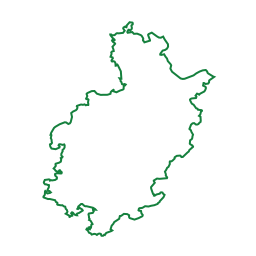 Hessen, Equal Earth projection, rotated 175°
{"feature_id": "DEU-1574", "entity_name": "Hessen", "entity_type": "State", "adm_level": 1, "iso_a3": "DEU", "parent_name": "Germany", "parent_adm1": "", "projection": "equal_earth", "projection_center": [9.183, 50.526], "detail": "fine", "context": "isolated", "style": "outline", "palette": "green", "viewbox_px": 256, "rotation_deg": 175, "n_neighbors": 0, "source": "natural_earth", "source_scale": "10m", "svg_char_len": 5812}
<svg xmlns="http://www.w3.org/2000/svg" viewBox="0 0 256 256"><g transform="rotate(175 128 128)"><path d="M197.5,48.0L196.2,48.9L195.6,49.9L196.1,51.8L197.1,53.0L197.4,55.1L198.7,55.5L200.1,56.8L201.4,56.8L204.9,57.7L205.2,58.2L204.8,59.4L205.2,60.0L206.3,60.7L206.9,62.4L212.1,64.1L213.9,64.2L218.1,66.2L218.3,66.6L218.1,67.2L217.0,68.3L216.6,69.2L216.2,72.1L215.9,72.5L214.9,71.5L214.9,70.7L214.0,69.8L211.1,70.2L210.5,70.6L211.1,71.1L211.6,72.0L213.7,72.5L213.4,73.7L212.1,75.7L211.7,77.8L211.8,78.1L213.1,78.3L214.0,78.9L215.5,79.1L216.4,80.3L216.6,81.3L215.4,83.5L211.2,83.7L210.4,83.3L210.3,82.4L209.0,82.7L208.2,82.4L205.1,82.6L203.3,83.6L203.1,84.9L203.3,85.4L204.6,86.8L204.8,87.9L204.5,88.7L202.4,89.1L198.7,88.5L198.2,88.6L197.9,89.2L197.9,89.7L198.2,90.2L199.2,89.8L199.3,91.2L199.6,91.9L200.1,91.8L201.1,90.7L202.1,90.6L203.8,91.7L204.7,93.2L205.6,94.1L203.4,96.3L203.2,96.7L203.4,97.4L203.4,98.3L203.2,98.7L199.5,99.5L197.8,100.4L197.8,100.8L197.3,102.1L197.6,103.9L196.1,104.3L195.7,105.1L196.8,106.3L196.7,108.0L195.1,110.6L195.2,111.7L193.7,112.9L192.9,114.1L192.6,116.3L193.0,117.2L194.7,116.9L196.8,117.7L197.8,117.8L198.2,117.6L198.7,116.7L197.7,115.4L198.0,114.5L201.9,113.2L206.0,114.2L207.0,116.2L207.2,118.3L206.9,118.7L205.9,118.8L205.0,119.8L205.2,120.9L205.2,123.2L205.8,124.6L204.9,127.6L205.1,128.1L205.7,128.1L204.9,130.0L201.7,134.5L200.3,135.5L195.7,137.7L190.5,139.2L189.1,138.9L187.1,137.2L185.5,137.7L184.6,138.8L182.8,143.9L183.3,147.8L181.3,149.2L178.3,150.3L177.8,150.7L177.2,151.3L176.6,152.6L176.8,153.7L177.1,154.1L176.9,154.5L173.2,155.4L172.2,155.4L170.9,155.0L169.2,155.3L168.0,154.3L167.2,154.6L165.6,154.4L165.4,155.2L165.6,157.0L164.9,159.7L165.3,160.2L166.9,160.4L167.2,160.8L165.9,163.0L165.8,163.5L166.3,165.5L165.5,166.3L161.0,167.9L158.2,167.8L156.0,164.9L152.4,163.4L145.5,162.9L142.5,163.6L142.1,165.2L140.8,166.4L139.2,167.3L139.0,167.1L139.6,166.0L136.4,164.6L132.4,166.1L130.0,166.6L129.1,167.1L128.9,167.7L128.6,170.2L127.3,170.6L126.5,171.5L127.6,172.1L129.1,171.8L130.1,172.2L130.6,174.4L131.3,175.3L131.2,176.4L132.1,178.2L130.3,177.8L130.2,185.1L132.7,191.5L133.3,192.3L133.6,192.3L134.5,191.1L134.9,191.1L134.9,193.8L135.5,195.2L136.5,195.8L138.0,195.6L138.6,196.4L138.2,197.3L137.0,198.8L137.2,199.6L139.2,200.5L138.0,203.0L137.9,203.8L138.1,204.8L137.2,205.6L135.5,205.9L135.6,207.2L136.4,210.3L133.5,213.0L133.8,213.7L135.3,214.9L136.3,216.4L135.7,217.3L135.1,217.3L134.1,216.5L133.7,216.7L133.7,217.2L135.5,219.1L137.4,222.0L137.5,222.7L136.7,222.7L135.7,221.7L133.8,221.7L133.2,221.7L131.5,223.1L130.7,223.4L129.0,223.1L124.7,223.2L122.8,225.2L123.9,227.1L124.1,227.7L123.7,228.5L121.8,229.4L121.4,229.1L121.3,228.7L120.8,228.5L120.1,230.5L117.2,233.2L114.4,232.6L114.1,232.0L114.3,230.8L115.5,230.0L115.7,229.6L115.4,227.4L115.6,226.5L117.2,224.9L118.6,225.9L119.0,225.8L120.2,224.1L120.3,223.4L120.0,222.9L115.4,223.2L113.9,221.3L110.7,221.2L107.3,219.5L106.4,218.7L105.3,216.5L105.0,215.4L105.4,214.6L105.4,213.8L104.6,212.9L104.2,211.9L98.5,213.1L98.4,213.5L99.8,218.5L99.8,219.2L99.2,219.8L96.0,220.9L91.0,216.6L89.3,215.4L87.4,215.1L85.0,216.0L83.8,213.1L80.9,208.0L81.0,205.5L82.3,203.6L84.3,202.5L86.7,202.1L89.3,199.2L89.5,198.3L88.5,197.9L85.6,198.3L84.5,195.9L83.1,193.8L82.5,191.2L80.0,187.8L79.5,186.7L80.6,183.4L79.2,180.2L71.3,172.8L69.3,172.1L67.3,172.1L58.1,174.7L55.2,176.5L51.7,178.0L48.5,178.9L45.5,179.0L44.2,177.4L44.0,176.2L43.4,175.4L38.7,171.9L37.7,171.4L42.7,168.5L43.0,168.2L43.3,166.4L44.2,165.3L46.9,165.1L48.2,166.1L48.8,166.2L49.5,163.7L47.5,162.5L47.0,161.9L46.9,161.2L47.1,160.4L48.0,158.7L48.9,157.7L53.2,155.9L54.2,155.0L55.5,156.0L56.3,156.2L57.9,154.3L57.1,153.4L57.2,152.9L57.7,151.9L61.7,151.9L62.9,151.6L63.7,151.0L63.7,150.1L62.6,147.3L62.1,146.5L60.6,145.5L58.4,141.7L57.1,141.2L56.7,140.1L53.3,139.4L52.8,139.0L52.9,138.5L53.9,137.9L54.8,135.2L56.2,133.9L54.8,132.9L54.9,128.9L55.2,127.7L56.4,127.0L57.5,125.8L58.8,125.4L60.0,125.5L61.7,127.1L63.3,127.0L64.9,125.8L66.9,121.7L66.6,121.2L66.0,120.9L65.5,120.1L65.2,118.7L63.8,115.7L64.5,114.1L64.8,112.5L65.5,111.3L67.2,110.3L67.8,107.0L67.3,106.3L65.5,105.1L65.4,104.5L64.8,104.0L64.9,103.5L68.8,100.7L69.5,99.3L70.9,98.4L75.9,94.4L77.3,94.4L78.1,95.8L78.5,96.0L81.8,96.0L84.0,94.8L84.2,94.4L84.2,93.5L86.4,91.7L87.6,91.0L89.1,91.1L89.4,90.6L89.5,88.4L91.1,85.7L92.4,85.0L93.8,82.7L95.0,81.3L94.3,78.6L94.5,77.4L93.3,75.4L93.6,74.6L101.1,74.6L103.5,75.1L106.9,73.4L106.9,72.7L106.1,71.1L110.1,67.2L110.2,66.8L110.2,65.6L108.8,60.1L107.9,59.6L108.1,58.4L107.4,58.2L105.4,59.3L102.1,59.8L101.2,60.9L100.4,61.0L99.3,60.7L98.7,59.4L97.4,58.2L98.7,55.9L102.7,52.3L103.1,51.4L104.5,50.7L105.1,49.8L108.5,48.8L111.8,48.5L114.4,48.0L117.8,48.6L120.6,47.2L123.6,47.1L124.2,46.6L124.7,45.1L124.1,44.6L122.3,44.3L122.0,41.7L120.9,40.1L121.1,39.3L121.5,38.8L125.3,37.3L129.5,36.2L134.1,38.1L134.5,38.6L134.7,39.5L134.5,41.0L136.3,42.3L139.6,42.8L142.4,41.1L143.8,41.0L144.7,38.3L149.9,35.5L151.0,33.8L152.8,32.1L154.2,28.6L152.6,27.3L153.5,26.8L158.8,25.4L160.4,23.4L161.0,23.8L162.3,22.8L163.8,23.0L164.0,23.4L164.2,24.7L165.3,25.3L166.8,25.2L168.3,24.2L169.4,25.1L170.9,25.5L173.5,25.0L174.3,26.3L176.0,27.1L176.9,29.3L178.3,30.5L177.7,31.5L177.2,31.6L174.8,30.4L174.5,31.0L175.3,32.5L174.7,32.6L173.5,32.2L172.9,34.9L171.7,35.4L173.2,38.6L174.1,39.5L174.8,39.8L174.2,40.9L174.7,41.9L174.6,43.1L174.9,45.5L174.4,46.2L170.5,46.5L169.4,48.0L170.0,49.2L170.0,49.8L167.3,49.4L167.8,50.1L169.8,51.6L176.2,53.7L177.1,53.7L178.1,54.1L180.2,56.3L181.3,56.4L184.4,54.1L184.7,53.0L185.5,51.9L184.9,51.6L183.1,52.6L180.7,50.8L180.3,49.7L184.3,47.6L186.1,47.2L186.8,46.5L186.4,45.5L187.2,45.6L189.0,46.5L190.2,48.4L191.1,48.9L192.1,48.0L191.2,46.1L191.2,45.5L192.8,45.3L193.5,44.6L194.0,44.5L194.3,45.9L197.5,48.0Z" fill="none" stroke="#15803d" stroke-width="2"/></g></svg>